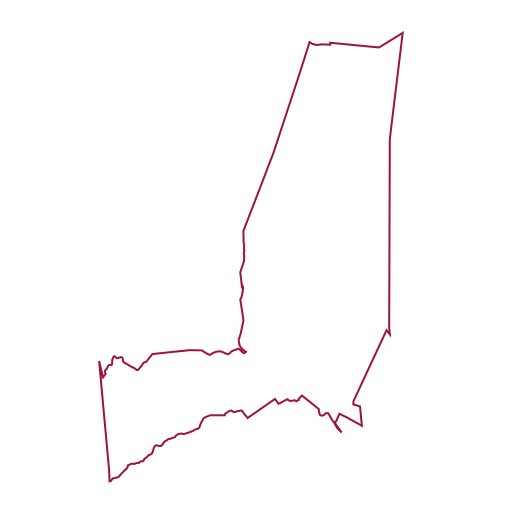 San Pablo Huitzo, Oaxaca, Mexico (Equal Earth projection), rotated 353°
{"feature_id": "50627088B10333117144156", "entity_name": "San Pablo Huitzo", "entity_type": "district", "adm_level": 2, "iso_a3": "MEX", "parent_name": "Mexico", "parent_adm1": "Oaxaca", "projection": "equal_earth", "projection_center": [-96.911, 17.316], "detail": "fine", "context": "isolated", "style": "outline", "palette": "rose", "viewbox_px": 512, "rotation_deg": 353, "n_neighbors": 0, "source": "geoboundaries", "source_scale": "gbopen_adm2", "svg_char_len": 4838}
<svg xmlns="http://www.w3.org/2000/svg" viewBox="0 0 512 512"><g transform="rotate(353 256 256)"><path d="M87.5,341.1L84.1,450.5L83.2,461.8L84.6,461.5L85.6,460.5L86.2,459.8L87.2,459.2L88.3,459.2L89.3,459.1L90.4,459.0L91.5,458.8L92.5,458.6L93.3,457.9L94.3,457.2L94.9,456.4L102.5,450.5L102.7,449.9L103.2,448.4L104.0,447.9L107.4,447.0L108.4,447.1L109.8,447.6L111.7,447.0L113.5,447.0L114.6,447.1L116.0,446.1L117.2,445.7L118.2,446.0L119.3,445.6L119.8,445.0L120.4,443.8L121.0,443.5L122.3,442.9L123.5,441.9L125.4,440.5L127.2,440.1L128.4,439.6L129.7,437.6L130.8,435.0L131.6,433.5L132.3,432.5L133.7,431.7L137.6,432.9L139.0,432.8L140.2,431.7L141.2,430.5L142.5,429.1L143.6,428.6L144.8,428.2L146.5,427.1L149.4,426.8L153.7,425.7L154.6,424.6L156.4,423.5L158.7,423.1L160.5,423.2L162.7,424.0L165.6,423.4L168.4,422.9L171.3,422.1L172.8,421.7L174.3,420.8L176.5,420.5L177.3,420.5L179.0,419.3L180.1,416.6L182.0,413.6L184.5,410.5L187.0,409.5L191.2,408.5L205.6,410.3L206.1,408.9L209.5,407.1L211.5,406.5L212.7,406.4L213.8,407.4L214.1,407.7L215.6,408.4L218.0,407.8L220.8,407.7L223.2,407.7L225.1,411.4L226.8,414.0L227.9,415.8L257.4,400.2L260.2,405.3L260.9,405.1L261.1,405.2L261.3,405.2L268.1,402.5L269.6,401.9L269.7,402.0L270.2,402.3L270.3,402.8L270.5,403.1L270.7,403.3L271.4,403.6L271.7,403.7L271.9,403.7L272.0,403.8L272.7,404.0L273.5,404.1L273.8,404.1L274.1,404.1L274.6,404.1L275.3,404.0L276.0,403.9L276.3,403.9L276.5,403.8L276.9,404.0L277.6,404.5L278.1,404.9L278.2,405.1L278.5,404.9L278.9,404.8L279.0,404.7L279.5,404.6L280.3,404.3L280.5,404.3L280.8,404.1L281.0,404.0L280.9,403.0L284.6,400.1L299.6,415.5L299.6,416.0L299.6,417.5L299.7,419.0L299.9,420.6L300.4,421.9L301.5,422.4L302.5,422.5L303.8,422.1L304.9,421.6L305.8,420.7L306.4,420.6L307.0,420.6L308.5,420.8L310.5,425.5L312.3,429.6L313.4,431.1L313.6,431.7L313.7,432.0L314.6,434.3L314.8,434.6L314.9,435.0L315.1,435.3L315.2,435.7L315.4,436.1L315.6,436.4L315.7,436.7L315.9,437.0L316.1,437.3L316.3,437.6L316.5,437.9L316.8,438.2L319.0,441.0L319.5,441.6L314.6,432.6L314.4,431.8L314.5,430.3L314.9,430.2L315.9,428.9L319.6,422.8L326.5,427.3L331.3,430.8L340.4,437.4L340.9,418.0L334.5,415.2L335.0,412.1L355.0,380.0L376.5,345.6L379.3,350.1L379.4,343.7L403.1,156.0L428.8,52.4L407.3,62.3L403.5,64.0L355.6,53.4L355.4,55.3L347.4,54.0L341.5,53.9L340.0,53.1L338.1,52.6L335.3,50.2L320.7,81.9L313.0,98.3L303.0,119.5L295.8,134.7L285.9,155.8L281.9,163.2L278.5,169.6L278.1,170.3L277.8,171.0L270.5,184.7L258.9,206.5L251.7,220.0L246.5,229.7L245.4,241.0L245.4,242.1L245.6,243.7L245.3,245.3L244.9,249.4L244.2,252.2L244.1,253.0L244.2,253.7L244.2,255.8L243.7,258.0L243.5,259.5L238.4,270.2L238.3,285.5L238.5,285.5L238.8,285.4L239.1,285.0L239.3,286.6L238.9,287.9L237.9,291.4L237.1,293.8L236.5,295.1L235.1,297.5L235.6,312.7L235.6,314.9L235.7,318.4L233.2,325.8L232.5,327.6L231.6,330.4L231.5,330.7L230.4,333.2L228.5,337.4L228.6,339.2L228.7,339.8L228.7,340.2L228.7,341.0L228.7,341.7L228.8,342.3L229.1,343.2L229.7,344.7L230.0,345.2L230.5,345.7L230.8,346.3L231.2,347.0L232.8,348.6L233.5,349.3L233.9,349.5L234.4,349.9L234.2,350.1L233.5,350.5L233.1,350.7L232.9,350.8L232.6,350.8L232.3,350.8L232.1,350.8L231.8,350.7L231.6,350.6L231.4,350.4L231.2,350.3L230.9,349.9L230.7,349.6L230.4,349.3L229.3,347.9L228.8,347.2L228.6,347.0L228.4,346.7L228.2,346.4L227.7,346.1L227.2,346.0L226.9,345.9L226.5,346.0L225.6,346.2L225.4,346.3L225.0,346.4L223.2,346.8L222.9,346.8L220.9,347.4L220.2,347.7L219.6,348.0L218.2,349.2L218.0,349.3L217.2,349.8L216.8,350.0L216.5,350.1L215.8,350.0L211.9,347.8L210.6,347.0L209.4,346.4L208.2,346.2L207.4,346.1L205.1,346.2L204.4,346.3L203.8,346.4L203.3,346.5L202.9,346.6L202.7,346.7L202.1,346.8L201.6,347.0L200.3,347.6L199.6,347.9L199.6,348.1L199.0,348.2L197.9,348.5L195.0,346.6L190.8,343.1L178.9,341.4L159.7,341.0L141.2,340.7L135.1,346.7L134.0,347.7L133.7,347.7L132.4,347.9L132.0,348.0L131.7,348.2L131.1,348.6L130.7,349.0L129.2,350.8L128.6,351.4L128.2,351.8L125.4,354.3L125.0,354.6L124.8,354.7L124.5,354.8L124.4,354.8L124.2,354.8L123.9,354.7L123.7,354.6L123.3,354.2L122.7,353.5L122.4,353.2L122.0,352.8L118.5,350.5L118.1,350.2L111.9,345.4L111.6,345.1L111.4,344.8L111.3,344.4L111.2,343.9L111.2,343.4L111.2,342.7L111.3,342.1L111.2,341.5L111.0,340.9L110.8,340.6L110.4,340.2L109.9,339.9L109.5,339.9L109.0,339.9L106.4,340.6L106.0,340.6L105.7,340.6L105.2,340.3L104.9,339.9L104.0,338.8L103.8,338.6L103.5,338.4L103.2,338.3L102.9,338.3L102.6,338.5L102.3,338.7L102.1,339.0L100.8,341.3L100.6,341.7L100.5,342.3L100.5,342.8L100.4,343.4L100.3,344.0L100.1,345.3L100.0,345.6L99.9,345.9L99.7,346.2L99.5,346.3L99.2,346.5L98.8,346.5L98.3,346.4L97.6,346.3L97.1,346.3L96.7,346.5L96.3,346.7L95.9,347.0L95.4,347.5L95.2,347.9L94.7,348.9L94.5,349.3L94.3,349.5L93.9,349.9L92.7,350.8L92.3,351.2L92.1,351.6L92.0,352.1L92.0,352.5L92.2,353.7L92.2,354.2L92.4,354.7L89.3,357.8L88.7,352.0L88.5,350.6L87.5,341.1Z" fill="none" stroke="#9f1239" stroke-width="2"/></g></svg>